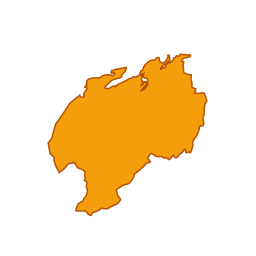 the Autonomous Province of Sofia, rotated 43°
{"feature_id": "MDG-5880", "entity_name": "Sofia", "entity_type": "Autonomous Province", "adm_level": 1, "iso_a3": "MDG", "parent_name": "Madagascar", "parent_adm1": "", "projection": "equal_earth", "projection_center": [48.484, -15.315], "detail": "fine", "context": "isolated", "style": "filled", "palette": "amber", "viewbox_px": 256, "rotation_deg": 43, "n_neighbors": 0, "source": "natural_earth", "source_scale": "10m", "svg_char_len": 5799}
<svg xmlns="http://www.w3.org/2000/svg" viewBox="0 0 256 256"><g transform="rotate(43 128 128)"><path d="M70.3,136.9L71.9,137.6L73.6,136.7L74.4,136.0L74.6,134.9L74.4,134.5L73.2,134.2L72.8,133.8L72.6,133.5L71.8,131.5L71.1,127.3L71.1,126.9L71.0,126.7L70.3,126.7L69.9,126.8L68.5,127.6L68.3,126.8L68.4,126.0L68.9,124.4L67.7,124.5L67.3,124.2L67.0,122.9L66.1,122.2L65.8,121.7L65.7,120.2L66.1,118.7L67.5,116.3L69.1,114.4L71.2,112.6L73.1,110.4L74.1,106.5L74.8,105.3L77.3,102.3L78.3,101.5L79.4,101.0L80.6,100.8L81.2,100.1L81.4,98.6L81.0,97.2L80.2,97.0L79.7,97.6L79.4,98.6L78.9,99.0L78.1,99.1L77.6,98.7L76.9,97.2L77.2,97.2L78.7,94.1L84.8,85.6L85.5,84.9L85.8,85.2L86.3,86.7L87.3,88.2L87.4,88.9L87.2,93.0L87.4,94.0L88.2,94.7L88.4,95.4L87.7,97.2L84.9,101.5L84.1,103.1L83.6,105.1L83.1,113.2L83.3,114.0L84.0,114.5L84.6,114.3L86.2,113.2L86.7,112.7L87.6,110.9L88.0,109.0L88.7,107.3L90.1,105.8L90.6,106.4L90.8,105.8L90.7,104.0L91.0,102.9L94.5,94.1L94.8,92.2L95.0,91.4L96.6,89.2L96.7,88.7L96.7,87.5L96.9,87.0L98.4,85.8L99.5,84.1L100.0,83.2L100.2,82.2L100.5,81.2L101.9,80.0L102.2,78.6L104.2,82.4L105.2,83.5L107.4,84.5L107.9,85.0L108.2,85.8L108.1,87.3L108.3,88.1L109.0,87.1L109.0,85.6L108.6,84.2L107.9,83.5L109.3,82.1L110.6,82.3L111.6,83.7L112.0,85.8L111.9,90.3L112.2,91.6L113.0,89.9L113.3,88.0L113.2,85.3L112.8,82.8L111.8,81.8L111.1,81.5L109.4,79.3L108.5,78.6L107.8,78.8L106.2,80.0L105.6,80.3L104.9,80.5L104.3,80.3L103.5,79.5L102.8,77.6L102.5,77.2L101.1,79.8L100.5,80.5L100.0,80.9L99.7,80.4L98.4,77.2L99.0,76.3L99.1,75.9L99.0,75.2L98.6,74.5L97.8,72.2L97.8,71.8L98.1,71.4L97.4,70.7L97.5,67.8L97.8,65.6L98.4,63.5L99.4,61.8L100.6,60.8L101.0,60.3L101.1,59.2L101.2,57.3L101.4,56.6L101.8,55.9L103.0,55.4L105.3,57.6L106.9,57.4L107.5,57.2L108.5,57.4L108.9,57.2L109.4,56.5L109.7,55.4L109.9,53.3L109.7,51.8L109.3,50.0L108.5,48.4L107.5,47.7L108.2,46.7L109.2,47.1L111.3,49.1L112.5,49.8L112.8,50.4L112.9,51.2L112.1,52.5L111.9,53.3L111.8,55.0L111.1,58.5L110.9,60.2L111.0,61.8L111.3,62.6L112.0,62.6L112.3,62.1L112.3,60.0L113.8,58.5L113.8,57.9L113.0,56.5L112.8,55.7L112.7,54.9L113.0,53.5L114.3,51.1L114.6,49.7L114.6,48.1L114.5,46.6L114.1,45.4L113.7,45.3L114.6,44.2L114.7,43.6L114.1,42.6L114.1,42.2L114.3,42.0L115.6,41.5L116.1,40.9L116.2,40.4L116.2,40.1L115.9,38.7L116.1,38.1L118.2,36.8L119.8,35.2L121.7,34.1L123.3,32.5L124.1,32.1L124.3,32.1L124.5,32.3L124.7,32.8L124.6,33.6L122.6,37.0L121.5,38.2L121.3,38.5L121.0,40.3L121.1,42.0L121.6,42.5L122.1,42.6L122.7,42.4L123.2,41.6L123.4,41.5L123.7,41.7L124.4,42.6L125.6,44.8L127.8,46.4L129.5,48.2L130.7,49.0L131.8,49.3L132.8,48.8L134.0,48.6L134.8,48.3L136.2,47.4L137.4,46.2L137.9,45.9L138.3,46.2L138.9,46.7L140.7,49.5L141.0,49.8L143.2,50.8L146.8,54.3L147.0,54.5L147.6,54.4L148.6,54.0L149.8,53.8L150.7,53.2L151.0,53.2L151.3,53.6L152.4,55.7L152.5,56.0L152.6,56.9L152.9,57.3L153.2,57.3L154.1,56.1L155.4,55.0L156.6,54.3L158.3,51.4L160.0,50.6L160.7,50.8L161.6,51.5L162.8,51.8L163.4,52.0L166.0,54.0L166.7,54.0L167.1,54.3L167.4,55.4L168.0,58.0L169.1,59.5L169.6,60.7L170.9,62.0L172.7,64.3L174.3,65.9L175.1,67.8L176.0,69.4L177.0,70.6L178.3,71.2L179.0,72.1L180.0,72.7L180.9,73.8L181.0,74.1L181.1,74.5L181.2,75.1L181.1,75.5L180.9,75.8L180.3,76.4L179.8,77.1L179.4,78.0L179.4,78.3L179.6,78.7L180.4,79.7L182.1,82.7L183.8,88.0L183.9,88.6L183.7,90.0L184.9,94.0L185.7,95.1L187.1,96.2L189.4,100.3L189.8,101.2L190.3,103.5L189.9,103.4L189.0,103.9L188.0,105.8L187.6,106.1L187.3,106.3L186.2,106.0L184.7,104.7L184.2,104.8L184.1,105.1L183.9,106.4L183.9,106.8L184.3,108.3L184.3,109.1L184.2,109.9L183.6,112.2L183.7,113.0L183.9,114.1L184.0,114.9L183.8,116.2L183.5,116.9L183.1,117.3L182.4,117.6L181.2,117.4L180.2,116.9L179.9,116.9L179.7,117.1L179.5,117.4L179.5,118.9L180.0,120.0L180.1,121.2L180.1,121.6L179.8,122.6L179.2,123.4L178.8,123.5L177.7,123.1L177.2,123.1L176.9,123.3L176.3,124.1L175.5,124.6L174.1,125.7L173.3,125.9L172.4,125.8L171.6,126.2L170.9,126.8L170.0,128.2L168.4,128.9L167.0,129.9L166.5,130.0L165.3,129.9L163.2,130.4L162.6,130.5L162.2,131.3L162.1,132.7L162.5,134.1L162.7,135.7L163.1,136.5L163.5,136.9L164.1,137.1L165.4,136.9L166.3,137.5L167.2,137.3L167.4,137.8L167.0,138.8L166.5,139.7L165.7,140.6L165.4,141.5L165.3,142.3L165.7,143.9L165.7,144.6L164.9,152.7L164.2,156.4L164.3,157.6L165.3,159.5L165.7,160.8L166.0,162.1L166.6,165.9L166.6,167.2L166.5,167.8L165.8,169.4L165.1,170.6L163.9,172.3L163.3,173.8L162.8,175.7L162.3,178.2L161.6,180.2L161.6,180.8L161.7,181.2L162.0,181.6L166.6,184.4L168.1,184.7L170.1,184.9L171.2,185.3L171.5,185.7L171.6,186.1L171.7,187.9L172.0,188.9L172.1,189.6L171.8,191.0L168.9,197.9L168.6,198.7L168.6,199.4L168.4,200.2L167.6,201.6L166.6,202.6L164.7,203.9L163.5,204.3L163.3,204.6L163.1,205.4L163.1,206.9L162.7,208.3L162.1,209.6L161.3,211.7L160.2,213.1L159.9,213.5L159.8,214.2L159.8,215.0L160.6,216.6L160.6,217.0L160.4,217.3L159.7,217.7L157.2,218.3L155.4,217.6L153.4,217.9L148.9,221.8L147.6,223.3L146.7,223.9L146.1,223.8L145.7,223.4L144.2,220.4L143.6,218.5L143.4,217.7L143.5,216.5L143.8,215.1L144.6,213.4L144.8,212.7L144.9,212.0L144.7,211.3L144.0,210.4L143.8,209.8L143.7,207.1L143.7,206.7L143.2,205.6L143.0,204.3L142.2,203.6L141.7,202.3L141.4,201.8L140.6,201.0L139.6,200.4L138.1,199.7L137.2,199.0L135.8,196.6L134.9,195.6L134.4,195.5L133.3,195.8L132.3,195.8L131.8,196.0L131.6,195.9L131.4,195.4L131.3,194.1L131.1,193.5L129.9,193.2L129.4,192.9L128.2,191.7L127.5,190.4L126.9,189.7L126.5,189.4L125.4,189.5L124.2,189.3L121.8,189.9L120.6,190.6L119.8,190.8L118.8,191.3L118.4,191.4L117.2,191.3L116.0,190.6L114.8,190.6L113.5,190.1L113.0,190.1L112.2,190.6L111.3,190.1L111.1,190.3L111.0,190.6L111.0,191.9L110.8,192.3L109.4,193.9L108.8,195.4L108.8,196.4L109.1,198.7L109.2,200.1L108.8,204.0L108.4,205.5L108.2,207.5L100.7,204.9L96.4,202.4L93.9,199.9L88.4,199.9L79.8,193.3L79.2,187.5L76.1,181.7L72.4,174.3L70.5,160.2L68.6,149.4L70.3,136.9Z" fill="#f59e0b" stroke="#b45309" stroke-width="1.5"/></g></svg>